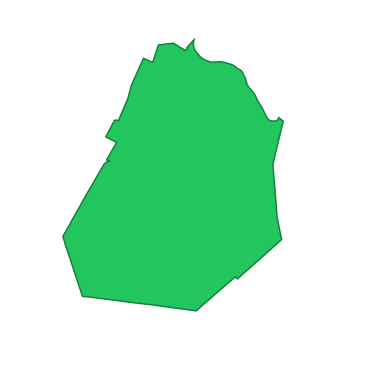 Periam, Timis, Romania (Albers equal-area conic projection), rotated 24°
{"feature_id": "2599482B63950750232627", "entity_name": "Periam", "entity_type": "district", "adm_level": 2, "iso_a3": "ROU", "parent_name": "Romania", "parent_adm1": "Timis", "projection": "albers", "projection_center": [20.876, 46.04], "detail": "fine", "context": "isolated", "style": "filled", "palette": "green", "viewbox_px": 384, "rotation_deg": 24, "n_neighbors": 0, "source": "geoboundaries", "source_scale": "gbopen_adm2", "svg_char_len": 2630}
<svg xmlns="http://www.w3.org/2000/svg" viewBox="0 0 384 384"><g transform="rotate(24 192 192)"><path d="M134.4,331.9L139.9,330.0L153.6,325.9L166.5,322.0L181.4,317.6L195.2,313.3L200.8,311.5L210.6,308.7L225.1,304.5L238.6,300.5L244.3,298.8L247.6,291.3L252.3,281.3L256.9,271.4L260.7,263.3L265.1,254.1L266.1,251.8L268.8,252.9L271.9,246.0L275.5,238.2L278.7,231.2L283.0,221.7L287.4,211.9L291.4,202.9L293.2,198.8L286.2,189.2L279.9,180.2L275.3,171.6L269.3,160.7L263.9,150.8L260.8,145.2L256.8,137.8L254.8,134.2L252.1,120.6L249.9,108.5L248.1,98.5L247.6,95.9L247.5,95.5L247.2,94.1L246.7,90.3L241.7,88.9L240.9,88.7L240.9,90.7L240.8,91.3L240.5,92.0L240.1,92.6L239.7,92.9L238.7,93.6L236.9,94.3L235.8,94.7L234.9,94.9L233.7,94.9L232.8,94.8L231.9,94.4L230.8,93.8L229.5,93.0L227.8,91.6L225.4,89.6L221.6,86.4L221.0,86.0L218.6,84.5L216.6,83.1L214.8,81.9L213.9,81.3L212.5,79.8L211.4,78.9L209.6,77.4L208.8,76.9L207.5,76.2L206.1,75.5L205.0,74.9L203.2,74.0L201.9,73.6L201.2,73.2L200.5,72.7L199.4,71.8L198.0,70.7L197.4,70.0L196.3,68.8L195.9,68.2L195.1,67.0L194.3,66.2L193.6,65.6L192.6,64.9L191.9,64.2L190.3,62.8L187.6,61.1L182.9,60.5L180.0,59.7L176.2,59.4L174.9,59.6L169.9,60.3L166.5,61.0L164.5,61.5L161.9,63.0L159.9,64.0L157.9,65.0L156.7,65.6L155.7,65.8L154.7,65.8L154.0,65.9L153.5,65.9L151.6,66.1L150.6,66.0L147.4,65.8L146.0,65.5L145.2,65.3L143.9,64.8L138.1,62.0L135.9,60.3L134.2,58.2L132.8,55.5L131.9,52.1L130.0,57.9L128.6,62.4L128.9,62.5L129.1,62.7L129.3,63.0L128.9,64.5L129.0,64.7L128.6,65.5L123.5,64.7L122.9,64.8L122.4,64.8L121.7,64.6L114.5,63.6L105.9,68.6L105.2,69.1L101.5,71.4L103.4,89.6L93.3,89.6L93.2,119.5L93.6,121.3L94.4,126.4L95.4,132.7L95.7,153.0L95.9,156.5L93.4,157.2L92.1,158.0L91.2,170.9L90.8,176.6L91.6,176.8L103.0,177.3L100.9,197.4L104.8,197.0L103.1,197.8L102.4,198.8L101.8,199.4L101.5,199.7L101.5,199.8L100.6,201.7L100.3,202.9L99.0,214.4L98.0,224.5L96.6,237.0L95.6,246.9L95.6,248.9L94.2,261.8L94.1,262.9L94.0,263.8L94.1,264.2L93.9,264.7L93.8,266.5L93.6,268.8L93.7,269.0L93.6,270.6L93.6,270.8L93.5,271.8L93.4,272.6L93.3,273.0L93.3,273.4L93.1,274.9L93.0,276.3L92.8,277.8L92.7,279.3L92.5,280.8L92.4,282.2L92.2,283.7L92.1,285.0L93.1,286.3L94.6,287.9L95.3,288.8L96.4,290.1L97.0,290.8L98.4,292.4L98.5,292.5L99.6,293.7L99.9,294.1L100.6,294.7L102.5,296.9L107.4,302.2L108.1,302.9L108.2,303.1L108.4,303.2L109.5,304.5L110.5,305.6L111.6,306.8L112.7,308.0L113.8,309.2L115.0,310.5L115.2,310.8L119.0,315.0L120.1,316.2L121.2,317.4L122.3,318.6L123.4,319.8L124.4,320.9L126.5,323.2L127.4,324.2L127.5,324.4L128.5,325.4L129.7,326.7L130.8,327.9L131.5,328.6L132.6,329.9L133.7,331.0L134.4,331.9Z" fill="#22c55e" stroke="#15803d" stroke-width="1.5"/></g></svg>